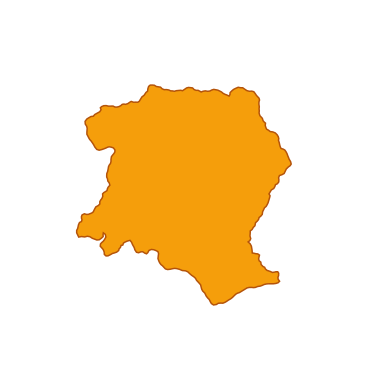 Veríssimo, Minas Gerais, Brazil (Mercator projection), rotated 317°
{"feature_id": "56859067B45649310910590", "entity_name": "Veríssimo", "entity_type": "district", "adm_level": 2, "iso_a3": "BRA", "parent_name": "Brazil", "parent_adm1": "Minas Gerais", "projection": "mercator", "projection_center": [-48.356, -19.616], "detail": "fine", "context": "isolated", "style": "filled", "palette": "amber", "viewbox_px": 384, "rotation_deg": 317, "n_neighbors": 0, "source": "geoboundaries", "source_scale": "gbopen_adm2", "svg_char_len": 4815}
<svg xmlns="http://www.w3.org/2000/svg" viewBox="0 0 384 384"><g transform="rotate(317 192 192)"><path d="M130.7,289.3L133.1,290.9L135.3,291.3L137.0,292.6L138.8,294.4L140.9,295.2L142.7,295.6L144.9,295.9L147.4,296.5L149.7,296.7L152.4,296.6L154.4,296.6L156.2,297.0L158.1,297.9L160.0,298.3L162.0,298.7L164.4,299.2L166.8,299.7L168.6,300.7L170.4,302.3L171.9,304.0L173.3,305.0L175.6,305.9L177.8,307.4L179.7,308.2L181.6,308.8L183.4,309.8L184.9,310.9L186.9,312.7L188.9,314.6L191.0,316.1L193.1,317.1L195.2,317.0L195.5,314.5L196.8,312.9L198.3,312.2L200.0,310.5L200.3,308.8L199.0,307.6L197.4,306.7L195.9,305.6L195.0,303.4L193.4,300.4L193.2,298.3L193.8,296.6L193.1,294.9L193.1,292.2L194.5,290.2L194.2,288.2L195.0,286.5L196.4,285.4L198.3,284.2L197.9,282.1L196.7,280.8L195.5,279.0L194.5,277.7L196.1,275.7L197.4,273.8L198.5,272.1L199.2,269.6L199.0,266.8L201.1,267.0L203.1,266.2L204.4,263.7L206.8,261.5L208.0,260.2L210.4,260.4L212.7,259.7L215.0,259.6L217.5,257.8L219.9,257.8L221.9,257.5L223.7,256.4L225.7,256.6L228.1,256.3L230.2,254.6L232.3,253.8L234.2,253.0L236.4,253.1L238.4,252.5L240.2,251.8L242.8,250.3L245.0,249.0L246.5,248.0L247.0,245.9L249.4,245.2L251.5,244.6L254.1,245.2L256.2,244.6L258.0,243.6L260.1,244.2L262.3,243.8L264.0,242.2L265.1,240.6L267.2,239.6L269.6,240.7L272.0,241.3L274.1,240.5L276.6,239.5L279.5,239.4L281.8,239.7L283.6,239.2L284.8,237.1L285.4,234.3L286.1,232.6L286.7,230.9L287.6,228.9L288.2,226.7L288.5,224.6L287.9,222.7L286.8,220.9L287.4,219.1L288.2,217.5L289.4,215.5L290.5,213.2L291.9,212.1L292.8,210.4L293.3,208.2L293.2,205.6L292.1,203.2L290.4,201.1L290.1,199.0L289.4,196.9L290.1,195.0L291.0,193.2L292.7,191.8L292.5,190.0L292.6,188.3L293.7,186.1L293.7,182.5L294.9,180.0L296.6,178.5L297.8,176.9L299.3,175.6L300.9,173.3L302.5,171.7L304.1,170.8L305.0,169.1L305.0,167.4L305.0,165.3L305.4,162.9L305.6,160.8L304.5,159.0L302.6,157.4L301.3,155.3L300.7,152.9L300.2,150.4L298.5,148.7L297.2,146.9L294.4,145.9L292.3,145.3L289.9,145.2L287.7,145.3L286.1,146.7L284.5,147.1L283.6,144.7L282.7,143.0L282.0,140.9L281.8,139.0L281.2,137.3L280.4,135.2L279.1,133.4L277.9,131.8L276.1,130.9L273.9,130.3L272.2,129.1L270.7,127.1L268.7,125.8L266.9,125.1L266.4,123.5L265.8,121.8L264.3,120.4L263.4,118.5L263.4,116.3L262.2,114.8L260.7,113.1L259.0,112.2L256.3,111.8L254.2,111.5L253.1,109.9L251.3,108.5L249.6,107.2L247.9,106.4L246.6,104.7L245.3,103.4L244.7,101.7L243.3,99.8L241.4,98.1L240.5,96.0L240.5,93.9L239.4,92.5L237.8,90.4L237.3,88.3L236.0,86.8L234.3,85.3L232.3,85.2L230.3,86.3L228.2,88.0L226.3,87.8L222.9,88.6L220.3,88.3L218.1,88.9L215.3,89.7L213.6,89.4L212.2,88.0L210.4,86.4L209.3,84.3L207.6,83.9L205.4,83.6L203.2,82.6L202.1,81.2L200.7,80.3L198.9,80.3L196.8,79.7L195.0,78.7L193.6,77.3L192.9,75.4L191.4,74.0L189.5,72.3L188.1,70.2L186.3,68.7L184.1,67.9L182.4,67.9L181.6,69.8L179.3,70.4L176.9,69.8L173.7,69.0L171.5,69.3L169.6,67.9L167.0,67.3L165.0,66.9L162.0,67.4L160.3,69.5L159.8,72.1L158.8,73.9L157.5,75.1L156.0,76.5L154.5,78.1L154.0,80.0L153.4,82.0L153.0,83.8L153.0,85.8L152.7,88.0L152.3,90.3L151.6,92.9L151.4,95.9L152.6,98.1L155.1,99.5L156.9,100.3L158.9,101.1L160.6,101.6L162.2,102.4L163.5,104.1L164.6,106.2L164.3,108.7L162.9,110.1L161.2,110.6L158.9,110.9L157.2,111.2L155.1,112.8L153.6,114.4L151.9,115.5L149.7,115.9L148.1,116.6L146.6,117.8L144.4,119.4L142.3,120.4L141.0,121.6L139.8,122.9L139.2,124.7L137.9,126.6L137.7,128.7L136.6,131.0L133.9,131.3L132.2,132.0L130.8,133.0L129.0,132.7L127.1,132.3L125.3,132.4L123.8,134.3L121.7,135.3L119.7,135.6L118.0,136.2L116.4,137.9L114.3,138.0L111.5,137.3L109.0,138.1L106.2,139.2L104.3,139.0L102.6,138.3L101.0,137.7L99.6,136.5L98.4,134.5L96.0,133.8L94.5,134.5L93.3,135.8L92.6,137.3L91.0,138.2L88.9,137.6L86.7,138.5L84.7,139.9L83.3,140.8L81.5,141.4L79.8,143.2L79.1,145.5L78.4,147.7L80.8,149.2L82.9,151.7L85.3,153.0L86.9,155.2L87.5,157.8L88.6,160.0L89.7,162.2L91.6,163.7L94.2,164.0L96.6,164.0L97.9,162.5L99.3,161.4L99.7,163.9L98.3,166.2L95.6,167.1L93.4,167.5L91.3,167.4L89.6,167.6L87.9,169.1L87.9,171.1L87.8,173.5L86.9,175.9L85.3,177.9L85.5,180.1L87.0,181.4L89.3,182.1L91.9,182.7L93.6,183.6L95.9,184.6L98.4,184.8L99.8,183.9L101.9,183.7L103.7,182.7L105.2,183.6L107.1,182.6L109.0,183.0L111.3,183.8L113.7,185.1L113.5,187.6L112.7,189.7L112.3,191.3L111.8,193.3L110.8,195.3L110.3,198.2L111.5,200.0L113.8,200.9L115.2,202.1L115.8,204.6L116.6,206.2L118.3,206.2L120.7,205.4L123.1,206.3L124.7,208.2L125.9,210.7L126.4,212.5L125.5,214.3L123.9,215.6L121.7,217.5L120.7,219.8L120.1,221.6L119.8,223.8L120.1,225.8L120.1,228.2L120.1,230.1L121.3,232.1L123.5,233.7L125.9,235.1L127.3,236.1L128.5,237.5L130.1,240.0L131.4,242.9L133.5,245.2L134.5,247.6L134.6,249.7L134.9,252.6L135.5,255.2L135.7,257.5L135.1,259.7L135.1,262.7L135.0,265.7L133.8,267.9L132.9,269.5L132.3,271.6L132.4,274.7L131.4,277.9L131.2,280.4L131.3,282.4L130.6,284.6L130.1,286.8L130.7,289.3Z" fill="#f59e0b" stroke="#b45309" stroke-width="1.5"/></g></svg>